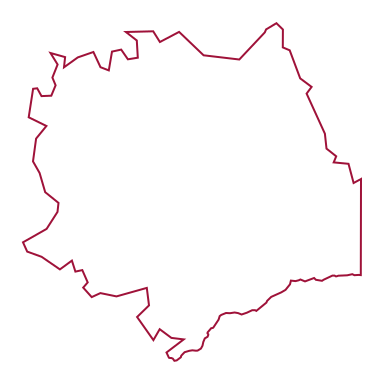 the district of Blount, Tennessee, United States of America
{"feature_id": "52423323B92517842712244", "entity_name": "Blount", "entity_type": "district", "adm_level": 2, "iso_a3": "USA", "parent_name": "United States of America", "parent_adm1": "Tennessee", "projection": "mercator", "projection_center": [-83.924, 35.674], "detail": "fine", "context": "isolated", "style": "outline", "palette": "rose", "viewbox_px": 384, "rotation_deg": 0, "n_neighbors": 0, "source": "geoboundaries", "source_scale": "gbopen_adm2", "svg_char_len": 1656}
<svg xmlns="http://www.w3.org/2000/svg" viewBox="0 0 384 384"><path d="M37.2,88.3L33.1,88.8L28.7,117.3L46.4,126.0L36.1,138.6L33.0,161.4L39.6,173.0L45.2,192.2L58.5,202.9L57.5,211.9L46.6,228.9L23.0,242.3L27.2,251.6L41.6,256.8L59.9,269.4L71.9,260.6L75.4,271.6L82.3,270.1L87.7,282.4L83.2,287.6L91.7,297.1L100.4,293.1L116.5,296.4L146.8,287.9L149.0,305.4L137.1,317.0L153.4,340.1L159.7,329.2L171.4,337.9L183.7,339.4L166.5,352.5L169.2,358.3L169.2,358.0L171.3,358.0L172.8,358.6L174.4,360.8L176.7,360.4L180.8,357.3L181.3,355.6L184.6,352.2L189.3,350.8L192.4,350.3L195.9,350.7L197.6,350.6L200.9,348.6L202.5,345.7L203.3,342.0L204.8,338.4L207.5,336.8L208.2,335.2L208.3,334.3L207.5,333.4L207.6,332.4L211.2,328.2L212.9,327.9L213.5,327.3L218.6,319.6L219.7,316.1L221.3,314.9L226.0,313.0L230.0,313.2L234.6,312.5L238.1,313.1L241.6,314.5L246.9,312.7L252.2,310.2L255.1,310.2L256.3,310.9L266.4,302.6L267.1,300.9L271.2,296.9L281.2,292.4L285.5,289.9L290.0,284.3L290.9,280.6L295.5,281.1L298.7,280.3L300.4,279.5L305.0,281.4L314.1,278.0L315.9,279.8L322.0,280.8L323.7,279.7L332.4,275.6L334.6,275.6L335.7,276.3L336.6,276.3L338.4,275.7L347.2,275.3L352.3,274.2L354.4,275.2L358.7,274.9L360.8,275.1L361.0,179.0L353.6,183.0L348.5,163.8L333.7,162.4L336.2,156.3L326.5,148.6L324.9,133.7L306.6,93.6L311.6,86.9L300.2,78.4L289.7,50.3L282.8,47.4L282.9,29.5L276.4,23.2L266.1,29.4L264.8,32.4L239.3,59.5L203.6,55.3L179.1,31.9L159.9,42.0L153.2,31.3L125.9,32.0L136.8,40.5L137.8,57.7L127.9,59.3L121.2,49.6L112.0,51.6L108.8,70.4L100.5,67.2L93.4,52.0L77.8,57.4L64.0,67.3L65.1,57.1L50.5,53.0L57.6,64.5L52.4,77.6L55.6,85.3L51.3,95.7L41.5,96.1L37.2,88.3Z" fill="none" stroke="#9f1239" stroke-width="2"/></svg>